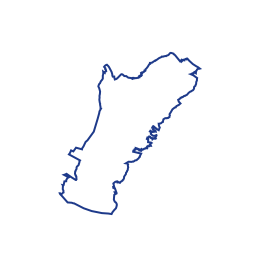 Murgasi, Dolj, Romania (Equal Earth projection), rotated 59°
{"feature_id": "2599482B65380015687406", "entity_name": "Murgasi", "entity_type": "district", "adm_level": 2, "iso_a3": "ROU", "parent_name": "Romania", "parent_adm1": "Dolj", "projection": "equal_earth", "projection_center": [23.828, 44.555], "detail": "fine", "context": "isolated", "style": "outline", "palette": "blue", "viewbox_px": 256, "rotation_deg": 59, "n_neighbors": 0, "source": "geoboundaries", "source_scale": "gbopen_adm2", "svg_char_len": 5753}
<svg xmlns="http://www.w3.org/2000/svg" viewBox="0 0 256 256"><g transform="rotate(59 128 128)"><path d="M148.8,220.1L149.8,220.2L151.9,219.7L160.7,218.1L163.1,214.7L164.4,213.7L164.7,213.1L174.0,207.3L180.5,201.9L187.5,194.2L191.2,188.9L193.3,186.4L192.3,184.9L191.3,182.3L190.6,179.7L189.5,178.4L188.2,177.2L187.2,176.8L185.8,176.7L184.3,177.3L182.1,177.0L178.2,174.2L178.1,172.7L176.2,172.5L176.4,172.1L177.5,172.3L177.6,172.0L178.2,172.1L178.3,171.7L178.0,171.3L173.1,170.3L172.7,170.8L172.2,170.8L171.8,171.4L171.0,171.1L171.5,170.2L168.0,169.1L167.6,166.8L167.8,165.7L168.0,165.2L168.3,165.2L168.1,165.0L168.2,164.8L168.5,165.0L169.5,164.1L170.2,163.8L170.4,163.6L170.1,163.5L170.7,163.0L170.3,162.0L170.4,161.0L170.3,160.7L170.3,159.9L169.9,159.4L169.9,158.6L168.9,157.2L167.7,156.4L166.4,153.5L165.4,152.8L164.8,151.3L164.3,150.9L163.8,149.8L162.3,148.7L161.9,148.1L160.1,147.5L159.2,146.6L158.1,147.0L157.2,148.0L157.2,144.9L159.0,142.2L159.1,141.3L159.6,140.6L159.5,140.3L159.6,139.5L159.4,138.7L160.0,137.2L159.6,135.9L159.6,134.9L158.8,133.3L158.8,132.6L158.2,132.3L156.7,129.9L151.0,135.8L150.2,135.1L150.1,134.9L150.7,134.2L149.7,133.3L150.3,132.6L150.1,132.3L149.1,131.7L150.5,130.5L151.1,130.7L151.7,130.2L151.5,129.8L152.2,129.2L153.1,129.9L154.4,128.5L154.2,127.9L153.0,127.9L152.9,127.3L153.5,127.2L154.0,126.7L154.0,125.9L154.3,125.7L154.1,124.5L154.5,124.0L154.4,123.1L155.3,122.1L155.2,121.9L154.1,121.9L153.7,121.0L153.9,120.8L153.7,120.0L154.4,119.7L154.4,119.4L154.7,118.9L154.6,117.8L154.9,117.5L154.0,117.3L153.4,117.6L152.9,116.3L152.9,115.5L152.4,115.7L150.5,118.1L148.1,116.5L147.5,117.3L147.1,117.5L146.1,116.2L146.8,115.6L146.5,114.9L146.1,114.3L146.2,114.1L147.1,113.5L148.2,113.6L148.5,113.4L148.9,112.6L150.3,112.9L150.0,110.9L151.2,110.4L151.3,109.6L150.7,109.6L150.3,109.2L150.0,108.9L149.1,107.4L148.7,107.3L148.6,107.8L148.5,108.8L148.3,109.4L147.6,110.4L146.9,110.9L144.9,111.5L144.4,111.2L144.0,110.6L142.9,110.8L142.4,110.7L142.2,110.9L141.9,110.3L142.9,109.9L143.2,109.4L143.9,109.3L144.3,108.4L144.7,107.7L144.8,106.7L145.4,106.1L144.9,105.9L144.1,106.1L142.2,107.4L141.5,106.0L140.5,106.5L140.4,106.6L140.6,106.7L140.2,107.1L139.4,105.7L139.4,105.4L140.2,105.0L142.3,104.4L143.1,103.9L143.4,104.1L145.7,102.8L143.9,100.5L143.0,100.5L141.7,100.2L140.2,99.5L140.5,99.1L140.5,98.5L140.8,97.9L140.9,97.2L140.6,95.5L140.8,95.0L138.8,93.2L138.7,91.6L138.9,90.7L139.4,90.1L139.4,89.8L139.7,89.5L139.7,88.9L140.1,88.3L140.0,87.8L140.0,87.1L139.8,87.1L138.9,85.7L137.8,85.4L137.3,84.9L136.7,83.5L134.9,80.3L134.5,77.3L134.9,76.5L134.2,75.3L134.4,72.3L134.1,71.1L134.0,70.4L131.6,70.9L129.7,70.5L129.6,68.2L129.5,67.7L129.3,67.5L129.5,67.3L129.3,66.6L129.5,65.9L129.4,65.7L129.6,65.5L129.5,65.1L129.7,64.5L129.4,63.7L129.8,62.6L129.7,62.3L129.8,62.2L129.7,61.9L129.9,61.2L129.9,60.3L129.1,57.9L129.0,57.1L128.9,55.7L129.1,55.2L129.0,53.9L129.1,52.9L128.7,51.8L128.1,51.0L127.1,50.4L126.7,49.9L126.7,49.1L126.5,48.4L126.0,48.0L125.4,47.0L123.7,45.8L122.8,44.5L121.3,43.5L120.8,43.0L116.4,44.9L114.2,46.5L114.8,44.2L114.4,44.3L114.5,43.5L114.2,42.3L116.0,41.6L115.5,41.2L114.4,40.9L114.3,40.7L114.5,40.5L114.4,40.2L113.4,38.6L113.3,37.9L113.6,36.9L113.9,36.5L114.1,35.8L111.9,36.7L110.4,37.6L106.6,39.5L101.8,40.9L99.0,41.4L98.9,41.5L99.0,41.9L99.5,42.1L99.3,42.6L98.6,42.6L98.5,43.0L98.6,43.9L98.4,44.1L98.3,44.6L98.8,44.9L98.4,45.2L98.4,45.6L97.9,45.7L97.7,46.3L97.6,46.5L98.2,46.4L98.2,46.8L97.9,46.9L98.5,47.4L98.4,47.6L98.0,47.5L98.4,48.1L97.7,48.2L97.8,49.0L90.1,50.1L89.0,50.4L88.4,50.8L87.7,50.7L86.2,52.0L85.6,52.7L85.5,53.5L86.1,55.1L86.2,55.7L86.2,56.4L85.9,57.6L86.0,58.3L85.7,58.6L85.0,60.5L84.9,61.3L84.2,62.1L84.4,62.6L84.1,65.4L84.4,68.9L84.3,69.4L84.4,69.7L84.1,69.8L84.2,70.7L84.2,72.3L84.4,73.2L84.4,73.6L83.9,74.7L83.9,75.0L84.1,75.1L84.2,75.6L83.9,75.8L84.3,76.0L84.1,76.3L84.6,77.5L85.7,79.6L86.5,81.7L86.7,82.8L87.1,83.3L87.5,83.4L87.3,84.1L87.9,84.1L87.9,85.1L88.1,85.4L87.8,86.6L88.0,86.8L87.8,87.3L87.8,87.5L88.3,87.4L88.4,87.6L87.7,87.9L87.9,88.2L87.5,88.3L87.5,88.5L88.2,88.7L88.5,88.9L88.9,88.8L89.4,89.1L89.3,89.3L89.5,89.4L89.9,89.2L90.1,89.7L89.4,90.1L89.5,90.3L90.1,90.3L90.1,90.6L89.5,91.1L90.1,91.7L89.7,91.9L90.1,92.2L90.1,92.3L90.3,92.5L90.2,92.7L89.9,92.8L90.2,93.7L89.9,93.9L89.5,95.3L89.1,96.0L88.7,96.3L88.7,97.0L87.8,97.5L87.4,98.3L87.8,98.6L88.3,98.5L88.3,98.8L86.6,99.8L85.1,101.7L84.5,102.1L82.7,102.7L81.6,104.4L79.5,105.0L78.7,105.6L78.5,106.4L79.6,110.5L80.0,112.6L79.6,114.3L78.2,113.9L76.8,113.3L76.1,114.6L75.0,114.4L73.8,113.8L71.5,113.2L66.0,112.9L64.9,113.0L62.9,113.5L62.7,114.8L62.9,116.0L63.3,117.0L65.2,116.6L65.6,117.2L66.9,117.0L67.2,117.3L68.0,117.4L68.1,118.1L68.0,119.0L68.1,119.3L68.7,119.6L68.4,119.8L67.7,119.9L66.9,120.2L67.6,120.5L69.2,121.6L70.1,122.6L72.6,124.1L73.2,125.0L74.0,127.3L75.2,128.9L75.4,129.9L76.3,131.2L77.1,132.0L79.1,132.2L82.3,133.1L84.4,134.6L85.8,135.9L87.3,136.7L89.0,138.0L91.9,139.2L92.7,139.3L93.6,139.9L96.0,140.8L97.4,141.7L97.6,141.4L99.0,143.8L100.6,145.2L104.6,149.4L113.5,159.2L117.7,169.1L118.1,171.5L120.9,175.7L121.8,177.7L122.6,178.4L118.1,182.7L119.9,186.9L117.9,188.3L119.6,190.7L120.2,192.2L131.1,185.8L131.6,186.8L132.7,187.6L133.4,188.6L134.0,189.0L134.4,189.7L134.8,191.7L135.3,192.4L136.6,193.2L137.2,194.4L138.0,195.3L138.0,195.6L139.9,197.0L141.7,197.4L141.9,197.4L141.9,197.2L143.0,197.3L143.2,197.5L144.4,198.0L144.8,198.4L145.4,198.5L145.8,199.3L145.6,199.6L141.2,201.8L135.6,204.3L135.5,205.7L135.2,207.0L139.8,204.2L139.7,205.4L139.9,206.1L140.7,207.6L141.8,208.4L141.0,210.0L143.8,212.6L143.9,212.9L143.4,213.4L143.8,213.4L146.8,215.4L148.7,215.7L149.6,216.4L150.0,216.5L149.9,217.0L150.3,218.0L150.4,219.0L150.2,219.3L148.9,219.9L148.8,220.1Z" fill="none" stroke="#1e3a8a" stroke-width="2"/></g></svg>